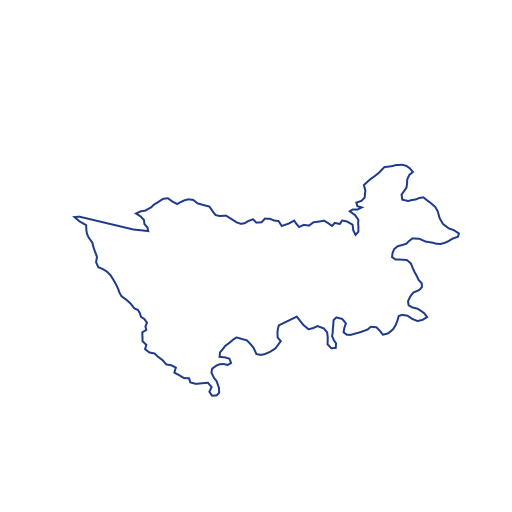 Palmeira, Santa Catarina, Brazil, rotated 115°
{"feature_id": "56859067B29922311879883", "entity_name": "Palmeira", "entity_type": "district", "adm_level": 2, "iso_a3": "BRA", "parent_name": "Brazil", "parent_adm1": "Santa Catarina", "projection": "natural_earth1", "projection_center": [-50.169, -27.574], "detail": "fine", "context": "isolated", "style": "outline", "palette": "blue", "viewbox_px": 512, "rotation_deg": 115, "n_neighbors": 0, "source": "geoboundaries", "source_scale": "gbopen_adm2", "svg_char_len": 3535}
<svg xmlns="http://www.w3.org/2000/svg" viewBox="0 0 512 512"><g transform="rotate(115 256 256)"><path d="M231.7,336.7L233.3,341.4L235.9,344.5L238.9,347.0L242.2,349.4L242.0,354.7L240.9,360.3L243.5,364.4L249.0,367.8L252.9,370.4L256.1,371.5L258.9,373.6L261.8,375.6L264.2,379.4L268.2,382.7L268.9,377.3L270.7,372.8L274.2,370.6L276.1,366.3L279.0,364.2L281.3,371.2L283.7,377.9L295.0,432.7L297.4,436.9L299.2,430.7L299.8,423.0L304.2,420.7L307.3,418.6L309.9,415.6L313.1,409.9L316.9,406.9L320.1,403.7L323.9,399.8L329.2,398.3L332.8,394.2L332.6,389.5L333.1,384.8L334.9,379.7L338.3,374.5L341.1,370.6L344.0,367.1L347.0,364.2L349.3,360.9L350.4,355.2L352.1,349.6L354.9,344.1L354.8,340.1L356.9,337.1L359.8,334.5L360.3,330.5L362.6,326.6L366.6,326.4L369.3,324.2L373.3,326.8L377.3,324.7L381.2,322.8L382.9,317.8L387.3,317.2L388.5,311.9L387.2,306.7L388.6,302.8L389.9,296.6L392.2,291.4L390.8,286.7L391.0,281.5L396.2,280.7L396.5,275.1L397.1,269.7L395.1,264.9L398.3,262.2L397.3,256.4L394.0,250.9L391.2,246.0L393.6,240.8L398.7,240.9L401.2,236.9L399.0,232.8L395.6,231.6L391.4,233.7L388.5,236.4L386.0,238.9L384.3,242.5L380.4,247.2L376.6,248.1L371.9,245.5L369.4,243.1L367.6,239.7L366.7,235.6L363.5,233.4L360.3,236.7L361.0,241.4L362.8,246.4L358.5,247.9L354.7,246.8L350.4,245.9L346.3,243.6L341.5,241.4L338.1,239.3L337.2,233.9L336.3,228.7L337.8,224.6L340.2,219.5L344.7,214.2L343.6,209.8L341.5,206.9L337.0,202.8L331.6,199.4L328.0,198.6L322.7,197.6L320.7,201.9L316.4,204.2L312.7,205.4L309.2,206.0L293.7,193.4L296.0,188.9L298.4,184.2L300.2,177.5L297.1,173.6L293.5,170.6L293.0,163.9L295.2,159.2L299.6,156.5L305.8,153.8L307.8,148.7L305.6,144.9L301.4,146.5L299.3,150.0L296.4,153.2L293.0,154.1L290.0,155.4L285.7,156.9L281.3,158.6L277.7,157.2L276.6,151.3L279.0,146.1L284.0,145.5L288.1,144.4L289.0,140.5L287.5,136.9L284.2,133.1L281.3,129.6L278.3,126.6L275.5,123.8L271.7,122.1L269.7,116.7L271.7,111.6L273.7,107.7L270.6,103.9L267.4,102.1L264.4,100.8L259.5,100.2L254.1,100.6L250.1,101.3L247.6,98.7L246.1,93.6L247.0,87.6L246.7,82.2L243.5,78.1L239.1,75.1L236.9,79.0L236.1,82.8L235.5,87.3L236.5,92.4L236.2,96.8L232.8,99.1L227.6,99.1L222.7,98.0L217.7,93.6L214.1,92.5L210.7,94.2L209.0,98.5L206.3,101.7L203.5,105.6L200.4,109.2L197.3,112.4L195.9,117.6L198.2,123.6L200.2,128.1L199.5,132.2L195.7,133.5L191.4,133.7L187.2,131.7L183.8,127.6L181.3,124.9L177.7,123.6L173.9,121.6L171.4,115.3L171.2,108.2L169.4,101.9L168.7,97.9L167.1,93.8L164.4,90.6L161.4,88.0L157.2,85.2L153.2,81.1L149.8,81.7L149.0,87.8L149.5,93.1L148.0,100.0L144.0,105.7L138.6,110.3L135.8,114.3L134.1,120.1L133.3,124.3L132.1,129.0L134.3,132.4L137.3,135.2L139.6,138.6L141.9,141.4L143.1,147.2L138.9,150.0L134.9,149.3L130.7,148.5L127.0,149.5L122.7,151.3L117.7,151.3L113.5,149.3L111.5,153.8L110.8,157.9L111.5,162.0L114.6,167.8L117.2,170.9L119.2,174.0L121.1,177.2L124.3,178.3L128.2,179.6L133.9,182.4L138.0,184.8L142.0,186.5L146.0,188.2L150.6,184.5L157.2,182.2L161.4,183.7L165.2,187.6L168.0,185.2L167.3,180.7L171.0,183.7L173.0,188.0L175.8,189.9L177.1,183.4L180.0,178.5L183.5,177.1L186.7,175.3L190.8,173.5L194.8,174.7L191.7,178.6L186.8,181.7L186.3,188.2L187.4,192.9L191.6,193.6L192.7,198.6L196.6,199.8L195.7,204.7L195.2,209.2L197.8,212.9L201.2,218.2L206.0,220.8L207.6,225.8L211.5,229.2L209.9,232.8L207.8,236.4L212.6,239.9L217.9,245.3L214.8,250.4L216.2,254.5L216.4,259.0L218.3,263.7L223.1,265.2L225.6,269.8L224.0,274.2L227.5,277.7L230.9,280.0L233.2,283.1L233.7,287.8L233.0,292.7L232.1,300.2L235.1,305.8L236.0,309.9L234.1,313.7L230.9,319.1L232.1,325.7L233.0,331.1L231.7,336.7Z" fill="none" stroke="#1e3a8a" stroke-width="2"/></g></svg>